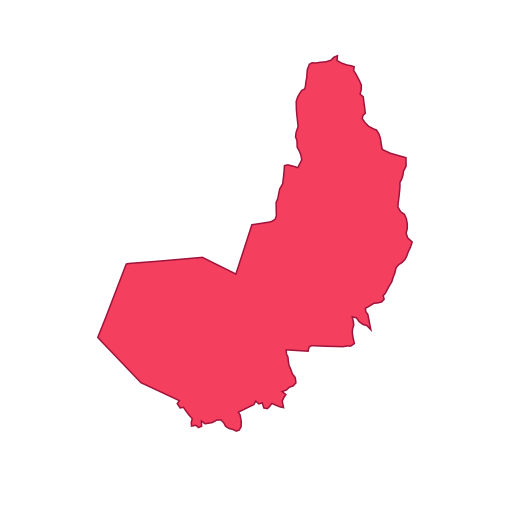 Maranguape, Ceará, Brazil (Natural Earth projection), rotated 334°
{"feature_id": "56859067B57944913032389", "entity_name": "Maranguape", "entity_type": "district", "adm_level": 2, "iso_a3": "BRA", "parent_name": "Brazil", "parent_adm1": "Ceará", "projection": "natural_earth1", "projection_center": [-38.774, -3.988], "detail": "fine", "context": "isolated", "style": "filled", "palette": "rose", "viewbox_px": 512, "rotation_deg": 334, "n_neighbors": 0, "source": "geoboundaries", "source_scale": "gbopen_adm2", "svg_char_len": 2590}
<svg xmlns="http://www.w3.org/2000/svg" viewBox="0 0 512 512"><g transform="rotate(334 256 256)"><path d="M136.7,384.5L143.5,386.5L149.0,386.3L152.7,388.1L153.9,391.8L154.0,395.7L156.1,399.1L159.1,401.7L161.6,404.8L164.6,405.1L167.7,403.0L170.1,398.7L172.0,392.0L171.6,388.6L188.9,388.6L192.2,386.3L193.7,390.2L197.3,390.8L196.4,396.0L199.3,398.2L202.0,397.3L205.6,395.5L208.3,398.6L211.4,402.1L214.3,404.4L216.0,397.8L219.4,395.2L222.1,393.6L220.0,389.3L224.4,389.8L228.6,388.6L232.5,389.1L236.3,387.5L238.0,382.5L237.0,377.9L237.6,372.8L237.7,368.9L239.0,364.6L240.4,360.9L240.4,357.5L242.0,353.6L261.1,364.4L263.7,361.2L266.6,360.9L279.5,367.9L294.4,375.6L298.7,376.9L301.6,378.5L306.0,377.8L307.4,372.1L308.7,367.8L310.3,364.6L313.7,360.7L314.9,357.0L315.8,352.9L319.1,355.5L320.0,360.4L322.2,364.5L325.2,367.3L326.9,372.6L330.9,357.6L330.3,354.1L331.4,350.9L335.2,350.8L341.3,350.2L344.7,351.5L348.8,352.4L352.2,351.0L353.0,347.4L356.0,346.1L362.8,341.2L366.7,338.7L370.2,335.0L373.4,332.1L376.6,328.1L380.4,326.3L384.4,325.9L388.6,324.3L391.6,322.0L395.0,318.7L398.5,316.0L402.5,311.9L400.3,306.3L400.9,301.4L403.9,297.8L406.0,293.6L407.4,288.8L407.7,283.6L405.4,279.6L405.0,274.2L407.0,270.7L410.2,265.9L413.7,260.3L416.0,256.4L417.5,253.1L421.2,250.3L423.2,248.1L425.9,244.3L430.3,241.0L433.9,233.4L430.8,230.6L426.3,226.6L421.7,222.4L416.2,215.6L417.4,211.0L419.4,204.8L420.0,199.8L419.5,195.5L417.0,192.9L414.1,188.8L412.5,184.1L411.7,179.0L413.9,176.5L416.8,175.6L418.9,169.8L420.2,165.5L422.2,160.0L420.5,156.2L423.7,152.4L425.6,148.6L425.8,143.9L425.7,140.5L425.6,136.9L425.1,132.0L427.2,128.9L424.7,126.5L421.6,124.3L419.4,122.1L417.3,119.9L414.5,115.8L417.0,111.7L413.0,111.5L409.2,112.9L403.9,112.1L398.2,109.9L394.4,108.8L391.2,106.9L388.0,107.1L383.8,111.0L379.7,118.0L376.7,122.1L375.1,124.7L373.1,127.2L369.7,127.2L366.7,128.9L363.1,131.4L359.9,134.7L358.2,138.3L356.3,142.5L354.1,148.3L350.6,158.1L346.2,162.5L343.8,166.2L343.4,170.2L340.7,176.3L340.9,180.3L340.6,185.0L339.2,189.7L335.7,192.3L332.3,194.9L328.7,191.5L324.7,188.1L321.2,187.2L319.1,190.9L315.2,197.3L311.6,202.8L306.6,206.2L300.7,214.0L297.5,216.7L291.9,228.8L289.3,231.4L284.9,231.8L282.0,231.1L276.1,229.3L266.0,226.1L247.8,245.0L230.0,263.4L207.2,233.7L199.4,230.7L173.6,220.8L162.0,216.3L139.0,207.2L135.9,206.3L92.8,246.5L78.1,259.8L79.6,264.8L97.1,319.5L99.5,322.4L123.7,352.4L120.5,354.1L121.2,359.3L124.5,360.2L125.1,364.4L126.1,369.7L127.4,374.2L124.8,377.3L123.5,380.6L127.7,381.8L129.2,385.0L132.5,385.2L134.6,380.4L136.7,384.5Z" fill="#f43f5e" stroke="#9f1239" stroke-width="1.5"/></g></svg>